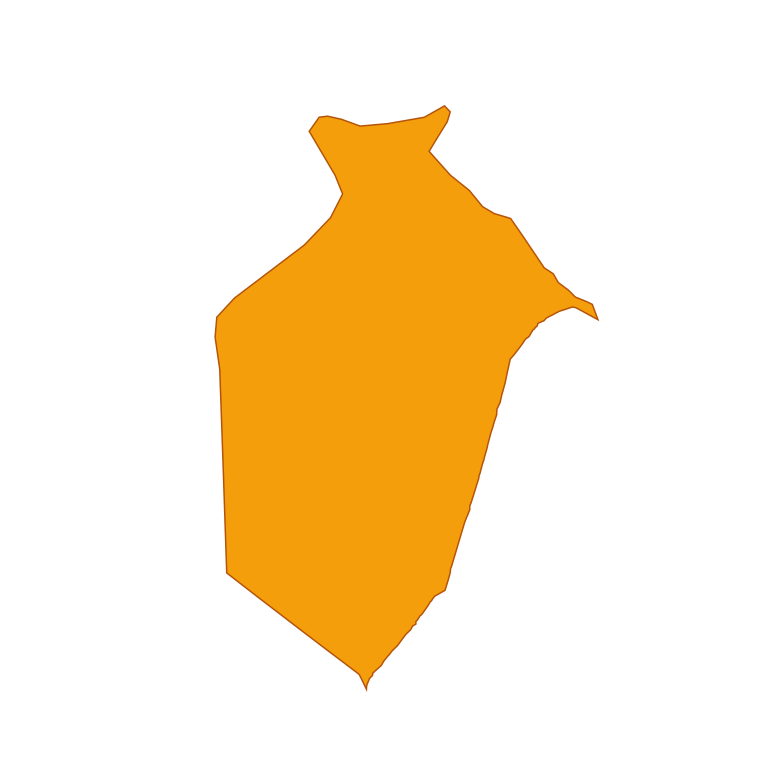 the district of Keilak, South Kordufan, Sudan, rotated 65°
{"feature_id": "16777658B16982967361933", "entity_name": "Keilak", "entity_type": "district", "adm_level": 2, "iso_a3": "SDN", "parent_name": "Sudan", "parent_adm1": "South Kordufan", "projection": "orthographic", "projection_center": [29.554, 10.642], "detail": "fine", "context": "isolated", "style": "filled", "palette": "amber", "viewbox_px": 768, "rotation_deg": 65, "n_neighbors": 0, "source": "geoboundaries", "source_scale": "gbopen_adm2", "svg_char_len": 2762}
<svg xmlns="http://www.w3.org/2000/svg" viewBox="0 0 768 768"><g transform="rotate(65 384 384)"><path d="M496.0,326.8L495.6,326.4L495.7,326.2L492.8,323.9L486.0,318.0L481.7,314.7L480.9,314.0L473.6,307.9L468.8,303.4L465.1,300.3L464.5,299.7L459.6,295.0L456.2,293.2L454.6,292.3L454.4,292.2L452.9,290.3L449.8,286.6L447.1,284.5L444.8,282.8L440.0,278.7L433.9,273.5L427.1,268.5L425.1,267.0L417.6,261.2L416.5,260.4L416.4,260.3L416.0,260.0L414.8,259.1L414.7,258.9L413.9,257.1L413.7,256.5L413.2,255.5L413.1,255.4L412.7,254.4L410.8,250.5L410.5,250.0L410.4,249.8L407.9,245.0L406.7,242.9L405.6,240.8L405.3,240.4L403.3,237.2L403.1,236.8L402.4,233.0L402.4,232.9L402.2,232.5L402.1,232.2L399.8,228.9L398.2,226.5L397.9,226.1L397.7,224.7L397.6,224.4L397.1,223.5L397.0,223.4L396.9,223.3L396.7,223.0L396.7,222.6L396.3,221.3L396.2,220.7L394.4,219.1L394.2,218.9L394.1,218.4L394.2,212.1L392.8,208.9L392.4,198.8L392.2,194.7L392.5,191.7L392.7,190.6L393.8,180.7L396.0,177.8L401.9,173.4L404.8,171.3L416.1,162.9L399.8,161.6L394.8,165.7L386.0,173.9L377.1,177.1L365.7,183.2L355.7,184.0L346.5,189.7L308.4,195.7L287.5,199.3L276.1,212.1L265.0,219.7L244.6,224.9L222.9,235.6L192.2,244.8L182.7,230.6L173.0,215.8L165.4,209.0L157.5,211.6L159.3,234.7L149.7,270.3L140.2,296.6L126.2,310.6L117.4,322.0L114.8,330.0L123.4,345.0L174.2,340.1L194.3,341.2L210.7,362.2L224.4,397.6L242.9,483.1L252.8,507.3L270.0,517.2L301.4,526.7L390.7,564.6L488.8,606.4L523.2,588.7L573.1,562.7L601.3,547.9L635.9,529.6L637.2,529.2L637.4,529.2L645.4,529.0L653.2,528.9L649.9,527.1L644.7,521.5L643.3,517.6L641.4,516.5L641.2,516.4L641.2,515.8L640.9,514.9L640.6,514.2L639.5,510.6L638.8,508.2L638.1,505.9L637.9,505.4L634.6,500.5L632.3,495.6L632.0,495.1L631.9,494.6L631.9,494.4L630.9,492.5L630.7,492.1L629.6,490.0L629.5,489.7L629.3,489.4L626.9,482.5L626.7,482.1L623.5,476.3L622.1,473.8L621.5,472.6L619.9,469.4L619.8,469.1L618.9,466.4L618.0,463.9L617.8,463.4L615.9,461.0L615.8,460.9L615.5,460.6L615.5,460.1L615.1,457.2L615.1,456.6L613.6,455.9L613.1,455.7L612.8,455.5L612.7,455.4L612.3,454.2L612.2,453.9L609.6,449.7L609.3,449.4L609.0,447.6L608.9,447.4L608.8,447.1L605.5,441.3L605.0,440.5L604.2,439.1L603.8,438.4L602.4,436.1L602.2,435.8L601.6,435.0L601.1,434.4L600.9,434.2L600.8,433.5L600.8,433.3L600.7,433.1L600.5,432.6L599.4,430.9L599.2,430.5L598.0,428.3L597.7,427.8L597.7,427.1L596.8,416.4L596.8,415.9L588.6,408.5L586.9,407.0L582.9,403.7L580.7,402.4L579.1,401.4L578.1,400.1L553.4,378.2L545.1,370.8L543.9,369.8L539.7,365.4L539.1,364.6L538.9,364.4L535.0,360.3L533.8,359.1L532.1,358.5L531.6,358.2L531.0,358.0L528.1,354.9L525.1,352.2L523.2,350.4L509.4,337.9L507.8,336.9L507.0,336.3L506.2,335.4L505.8,335.0L505.1,334.4L504.0,333.5L498.6,329.0L497.0,327.5L496.3,327.0L496.0,326.8Z" fill="#f59e0b" stroke="#b45309" stroke-width="1.5"/></g></svg>